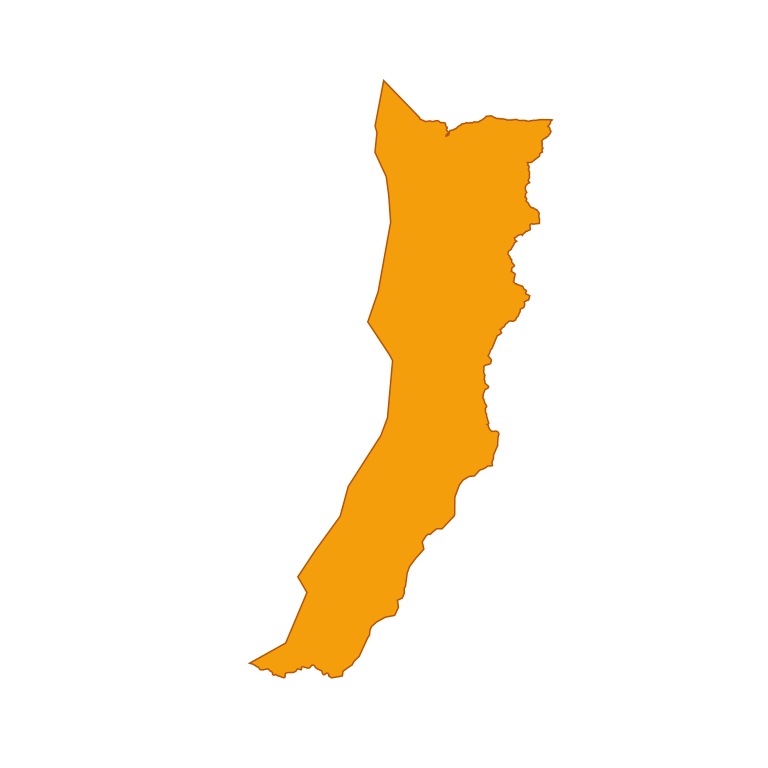 outline of Tu'shig, Selenge, Mongolia, rotated 116°
{"feature_id": "93677404B59520474253920", "entity_name": "Tu'shig", "entity_type": "district", "adm_level": 2, "iso_a3": "MNG", "parent_name": "Mongolia", "parent_adm1": "Selenge", "projection": "mercator", "projection_center": [105.193, 50.245], "detail": "fine", "context": "isolated", "style": "filled", "palette": "amber", "viewbox_px": 768, "rotation_deg": 116, "n_neighbors": 0, "source": "geoboundaries", "source_scale": "gbopen_adm2", "svg_char_len": 6124}
<svg xmlns="http://www.w3.org/2000/svg" viewBox="0 0 768 768"><g transform="rotate(116 384 384)"><path d="M677.4,333.4L676.2,333.1L674.8,333.9L674.3,333.8L673.8,333.3L673.6,332.7L672.8,327.8L672.4,327.2L671.8,326.6L670.9,326.2L669.3,325.9L668.5,325.6L668.1,325.1L667.7,324.4L667.6,323.9L667.7,323.4L667.8,322.8L668.8,321.5L669.2,319.3L669.3,318.2L669.2,317.6L669.2,314.7L669.3,314.1L669.6,313.7L670.0,313.3L671.1,312.5L671.8,311.2L671.7,310.6L671.4,310.2L671.0,309.8L669.9,309.5L669.2,308.8L668.6,307.7L669.2,306.7L670.5,305.8L670.1,305.5L670.8,304.3L671.2,303.3L670.9,302.0L667.6,297.5L666.6,295.9L664.9,294.0L664.6,293.4L660.3,294.9L655.7,292.6L650.4,289.5L647.0,289.4L643.8,288.5L639.7,286.9L619.3,287.4L616.2,286.9L611.1,288.8L607.2,288.8L601.3,286.4L593.1,280.7L587.3,273.0L578.4,273.1L572.5,277.1L568.4,273.7L562.8,274.1L558.7,276.3L556.5,276.0L543.7,280.3L536.9,281.0L526.2,279.0L524.2,278.3L514.9,275.8L509.2,280.4L502.0,279.6L499.7,278.5L498.9,276.5L495.8,275.4L490.9,273.1L488.8,268.4L471.6,263.0L470.2,263.3L454.7,270.7L442.0,272.0L435.8,270.9L429.8,267.0L427.0,262.4L419.4,260.2L416.8,257.5L414.9,256.1L412.0,254.5L411.5,253.5L410.6,251.6L409.8,250.7L407.9,252.1L406.6,252.7L403.2,252.9L399.8,254.4L389.3,254.9L387.2,256.0L381.8,258.2L378.4,258.8L377.5,259.9L377.0,261.1L377.1,262.1L377.5,263.2L378.9,265.2L379.1,266.3L379.1,267.5L378.7,268.5L378.2,269.4L376.9,271.3L376.0,271.6L375.2,272.7L375.1,273.5L374.5,272.8L373.6,272.6L372.8,272.9L371.8,274.2L368.7,276.9L368.0,277.7L365.9,278.7L365.4,279.8L364.6,280.6L362.6,281.4L361.8,282.3L359.4,281.7L357.7,283.4L357.3,284.5L354.8,287.0L353.8,287.7L353.0,289.4L351.9,289.5L349.8,290.2L347.8,290.5L344.3,290.7L343.5,289.7L342.7,289.0L341.8,288.7L340.7,288.8L340.3,288.9L339.5,291.9L338.8,293.7L337.8,294.3L337.0,294.7L335.8,296.1L334.6,296.2L333.5,296.9L332.1,296.9L331.8,297.1L330.5,298.9L329.8,299.5L326.9,300.7L324.7,301.9L324.1,301.8L323.2,301.2L322.5,301.0L321.7,300.3L321.1,299.1L319.0,297.2L317.4,297.5L316.1,297.6L314.8,298.7L313.0,302.9L311.9,302.6L309.5,302.7L307.0,303.1L304.4,302.5L290.9,303.4L289.2,302.0L286.8,300.8L286.4,300.8L284.1,303.5L282.7,302.3L281.7,302.4L281.1,302.1L279.8,301.1L276.5,300.9L275.8,300.3L272.8,299.3L271.7,297.4L271.1,295.5L268.6,293.7L267.7,294.0L266.7,294.1L264.5,293.3L263.3,293.2L261.2,293.5L260.1,293.3L259.0,293.5L257.9,294.0L256.9,294.2L254.1,292.0L253.1,291.9L250.4,292.5L249.4,293.4L248.5,294.0L246.9,292.5L245.9,291.8L245.3,291.0L244.2,290.9L243.1,291.3L240.8,291.6L240.7,293.9L240.8,296.2L239.8,296.8L238.4,296.6L237.6,297.0L237.2,300.1L236.5,301.0L235.7,301.8L235.4,303.0L235.8,303.6L235.7,304.8L235.9,305.7L235.9,306.8L236.2,307.9L235.8,308.9L236.3,309.9L236.1,310.8L235.2,312.6L234.0,312.5L231.5,313.5L230.0,313.6L227.8,314.3L227.4,314.7L227.0,318.1L226.7,319.2L226.1,318.9L225.5,319.1L224.6,319.7L223.7,319.9L221.2,318.7L220.3,318.7L218.5,322.7L216.2,323.8L215.9,324.2L216.0,325.5L214.7,326.3L214.3,326.8L212.8,329.6L211.6,330.1L210.4,330.2L209.8,330.2L207.3,328.7L205.2,328.8L201.3,328.4L200.1,328.7L197.5,327.3L197.1,329.5L195.3,330.8L194.7,330.1L191.4,328.4L189.8,326.9L189.5,326.3L189.5,325.8L189.8,324.8L187.6,324.6L186.2,323.6L184.7,323.5L184.2,322.5L182.7,321.5L181.8,320.6L180.8,320.2L178.4,322.0L177.4,322.2L176.8,322.6L175.3,321.8L174.8,319.6L173.5,317.9L171.7,314.8L171.0,314.8L170.1,315.5L167.9,316.3L165.7,318.2L164.7,318.7L162.6,319.2L160.4,323.1L160.6,324.9L160.2,326.5L160.3,327.1L160.8,328.2L160.7,329.2L160.1,330.9L159.1,332.5L157.9,334.0L157.7,335.0L157.6,336.2L156.5,336.7L155.0,336.8L154.3,337.9L154.2,339.2L153.0,339.1L151.9,339.9L150.7,340.1L149.4,339.6L147.3,342.2L144.3,343.5L141.0,342.7L140.1,342.1L139.2,341.3L138.0,343.6L134.3,343.8L133.1,344.7L130.1,345.9L128.5,347.4L128.1,348.3L127.0,348.3L125.8,348.5L124.8,349.0L124.3,349.7L124.2,350.9L123.4,350.8L122.9,351.2L122.0,352.2L120.7,349.2L120.2,348.7L111.0,344.1L109.9,344.5L108.9,345.0L107.9,344.6L106.0,343.2L104.0,345.0L102.6,344.4L100.6,346.5L99.7,346.8L98.7,346.9L98.1,347.3L97.8,348.1L96.9,348.3L96.1,348.9L92.7,347.3L92.0,346.4L90.8,346.2L89.6,345.2L88.4,345.1L86.6,344.6L84.2,344.5L83.7,344.7L82.6,346.2L81.3,347.3L80.6,348.7L80.6,349.6L76.6,348.7L75.2,349.4L73.0,348.6L73.3,349.8L77.8,359.3L80.8,363.7L81.3,365.1L82.1,365.9L83.2,367.9L84.5,369.0L85.4,373.1L87.4,377.0L88.2,379.2L88.0,380.6L89.0,382.5L90.3,384.2L92.6,388.7L92.9,389.9L92.8,391.0L93.3,391.8L93.4,392.8L94.6,395.6L95.2,397.8L96.1,399.2L95.9,400.7L96.1,401.7L95.9,405.0L97.6,407.9L98.7,409.6L100.1,409.8L103.9,411.8L105.3,413.0L106.8,413.7L107.4,414.5L108.2,415.9L108.7,417.7L109.3,418.3L110.7,419.1L111.0,420.6L111.5,420.8L112.1,422.1L112.7,423.0L113.0,424.6L114.0,425.1L116.4,428.3L117.2,428.2L118.3,429.2L120.5,430.4L122.6,431.1L123.3,432.0L124.1,432.1L124.4,432.7L125.6,433.3L126.1,434.5L127.4,435.8L129.3,435.8L131.4,434.9L132.3,435.7L133.2,436.0L133.9,436.6L134.0,437.1L132.6,437.2L130.8,436.4L130.0,436.3L129.3,437.0L128.9,437.5L128.6,438.8L127.7,439.6L126.9,439.3L126.1,439.3L125.5,439.9L125.5,440.9L125.0,441.6L124.3,442.3L123.5,442.4L123.0,443.0L122.6,443.8L123.8,446.9L124.3,447.7L123.8,449.5L123.7,451.0L124.7,452.9L126.2,454.5L127.0,455.7L127.3,457.7L128.2,459.3L129.9,461.6L130.1,467.8L129.0,468.8L111.4,517.3L156.1,505.1L161.0,500.6L179.7,493.7L196.6,472.9L212.9,462.1L235.8,448.9L303.6,429.7L335.3,425.8L355.6,391.4L359.3,386.5L412.7,366.1L431.5,364.2L491.8,371.2L522.0,365.4L564.1,372.8L595.1,376.9L605.2,361.8L659.9,358.8L693.9,382.4L693.3,379.0L693.4,377.3L693.3,376.4L693.8,375.2L693.8,374.4L693.6,373.7L693.7,373.0L694.0,372.0L694.8,370.8L695.0,370.3L695.0,369.5L694.3,368.5L693.8,367.0L692.6,365.9L691.8,364.6L691.0,363.5L690.9,363.2L690.9,362.7L691.1,362.2L691.8,361.2L691.7,359.9L692.0,358.5L692.6,357.5L693.8,356.9L694.0,356.5L694.1,355.7L694.0,355.3L693.7,354.9L693.0,354.5L692.6,354.0L692.5,353.7L692.9,351.9L692.4,349.6L692.3,347.4L691.9,345.2L691.6,344.8L691.1,344.6L690.5,344.5L688.4,345.5L687.7,345.7L687.1,345.6L686.4,344.9L685.5,343.8L683.1,339.2L682.4,338.4L680.6,337.3L679.8,337.1L679.1,337.2L678.5,337.1L678.2,336.8L677.8,336.4L677.6,335.7L677.3,334.2L677.4,333.4Z" fill="#f59e0b" stroke="#b45309" stroke-width="1.5"/></g></svg>